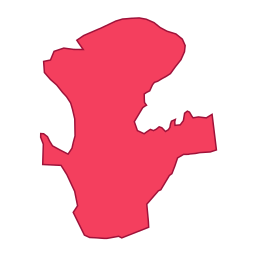 Abua/Odual, Rivers, Nigeria (Albers equal-area conic projection), rotated 88°
{"feature_id": "59680162B70529740290920", "entity_name": "Abua/Odual", "entity_type": "district", "adm_level": 2, "iso_a3": "NGA", "parent_name": "Nigeria", "parent_adm1": "Rivers", "projection": "albers", "projection_center": [6.549, 4.841], "detail": "fine", "context": "isolated", "style": "filled", "palette": "rose", "viewbox_px": 256, "rotation_deg": 88, "n_neighbors": 0, "source": "geoboundaries", "source_scale": "gbopen_adm2", "svg_char_len": 1611}
<svg xmlns="http://www.w3.org/2000/svg" viewBox="0 0 256 256"><g transform="rotate(88 128 128)"><path d="M130.5,215.4L134.2,215.6L141.2,213.2L161.5,214.5L163.0,196.2L172.5,190.7L189.4,183.5L204.0,181.1L210.4,185.7L233.5,175.3L236.1,170.1L236.6,163.9L237.5,155.6L237.6,153.1L237.2,150.1L235.9,141.1L237.6,138.1L227.9,110.8L222.3,110.9L204.8,111.9L191.8,99.8L190.9,97.4L176.9,88.3L175.1,85.7L167.6,82.5L159.6,79.5L156.3,73.4L156.4,70.6L156.4,68.5L156.1,67.1L155.8,61.5L155.1,57.1L154.8,46.6L153.0,40.4L117.3,43.5L120.6,49.4L119.4,57.3L120.1,62.6L118.6,63.7L114.3,66.0L113.2,68.1L115.2,70.9L122.6,72.4L126.7,75.7L127.0,80.9L123.6,81.1L121.1,80.4L122.7,84.3L125.5,85.4L128.9,86.1L131.1,87.7L132.8,90.7L128.9,94.2L127.9,96.8L130.2,99.8L131.5,102.6L130.2,105.7L132.3,109.1L134.3,112.1L130.9,118.7L123.8,120.9L121.9,121.5L108.2,112.6L106.8,110.5L105.9,108.7L103.1,110.6L99.7,110.7L94.6,110.6L93.1,108.2L91.6,105.0L85.6,102.0L83.3,100.0L82.3,96.7L80.0,92.6L77.4,87.5L75.1,83.7L68.4,78.5L61.6,72.7L53.8,68.9L47.6,68.0L41.1,70.6L35.7,76.8L32.6,85.7L28.7,92.4L23.6,98.3L22.1,101.4L19.9,106.0L18.4,112.9L18.5,121.2L18.8,126.6L18.9,129.6L20.8,136.8L21.2,137.6L25.0,146.4L27.6,152.4L28.0,153.6L31.9,163.6L34.0,169.0L38.5,176.1L41.4,174.3L48.0,170.0L47.6,179.4L45.9,189.4L48.8,199.2L57.4,203.1L57.6,204.6L58.5,210.0L69.6,209.6L76.8,203.8L81.9,198.4L82.7,197.6L90.2,192.1L94.6,188.3L100.9,184.5L102.3,184.1L107.4,182.8L117.1,180.9L124.1,181.0L134.1,181.2L140.2,183.1L146.3,184.7L152.0,188.8L147.6,196.7L143.2,204.1L138.6,206.7L133.9,208.8L130.8,212.5L130.5,215.4Z" fill="#f43f5e" stroke="#9f1239" stroke-width="1.5"/></g></svg>